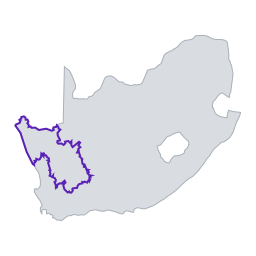 Namakwa, Northern Cape, South Africa (highlighted)
{"feature_id": "47623444B2552562251298", "entity_name": "Namakwa", "entity_type": "district", "adm_level": 2, "iso_a3": "ZAF", "parent_name": "South Africa", "parent_adm1": "Northern Cape", "projection": "albers", "projection_center": [17.588, -30.489], "detail": "medium", "context": "in_parent", "style": "outline", "palette": "violet", "viewbox_px": 256, "rotation_deg": 0, "n_neighbors": 0, "source": "geoboundaries", "source_scale": "gbopen_adm2", "svg_char_len": 5212}
<svg xmlns="http://www.w3.org/2000/svg" viewBox="0 0 256 256"><path d="M196.6,35.6L204.3,35.4L207.7,36.3L211.6,38.4L215.4,39.4L222.0,39.6L224.2,40.1L225.9,40.9L227.1,41.9L228.2,48.5L228.9,55.6L228.6,57.8L228.7,58.7L230.2,61.9L230.6,63.8L231.5,65.4L232.9,73.1L233.0,74.4L230.7,92.2L229.6,94.2L229.6,97.1L228.5,97.3L222.6,93.0L221.5,93.0L219.6,94.1L217.7,96.0L216.7,97.7L213.0,102.1L212.4,105.1L212.4,107.8L213.4,108.0L213.9,110.0L215.3,113.2L217.9,115.5L220.5,116.7L224.2,117.4L227.1,117.7L227.2,115.6L228.5,110.3L233.4,111.6L240.6,112.4L239.7,115.8L236.0,123.5L233.1,132.3L230.4,136.6L228.9,138.3L225.0,141.2L223.1,142.1L221.5,142.3L214.8,148.3L212.2,151.3L209.6,155.8L207.4,158.1L203.9,163.4L198.1,171.0L193.3,175.9L191.3,177.3L190.0,177.9L186.3,180.6L181.2,185.2L177.2,189.3L171.5,193.8L168.2,195.8L163.3,199.7L161.9,200.2L156.5,203.8L152.6,206.0L146.4,208.3L144.0,209.0L138.4,207.8L136.1,208.0L134.0,209.6L133.6,212.1L132.8,212.4L127.7,210.9L125.5,210.9L124.2,212.2L123.1,213.8L120.2,213.7L115.0,211.6L108.9,210.2L107.4,210.0L104.4,211.2L103.3,211.3L99.0,210.8L96.6,209.9L94.2,209.8L92.4,210.4L90.3,210.5L84.3,215.0L81.3,214.8L78.7,215.3L74.1,214.5L72.7,214.8L71.3,215.6L68.2,215.8L67.0,216.5L61.6,220.6L59.5,220.1L56.7,220.0L53.7,217.7L52.5,217.8L52.8,217.2L52.9,216.0L51.9,214.7L50.6,214.8L50.0,213.7L48.2,213.6L46.6,213.9L46.4,210.0L45.6,209.6L43.8,209.5L42.9,209.6L42.4,210.0L41.9,210.9L41.9,213.6L41.3,212.8L40.5,211.2L40.3,209.4L40.6,207.3L42.0,206.5L41.6,203.9L39.4,199.4L38.1,198.4L37.1,196.0L36.0,195.2L35.6,193.6L34.5,192.3L34.2,190.2L34.8,189.0L35.7,188.4L36.6,189.4L37.7,189.0L39.4,187.5L40.4,185.3L40.4,181.6L40.2,179.4L38.9,173.5L38.3,172.2L35.4,168.0L32.0,162.3L27.6,153.5L25.5,148.2L22.2,137.5L19.4,131.4L15.8,125.8L15.4,125.4L15.9,124.7L17.8,123.4L18.6,123.0L19.1,123.2L19.5,122.8L19.9,122.0L20.2,120.0L21.1,117.8L21.9,116.9L23.5,116.3L24.8,117.1L25.4,117.9L25.6,118.9L26.1,119.4L27.0,119.4L27.7,120.0L28.0,121.3L28.0,122.2L27.5,122.8L27.5,123.6L28.2,124.5L28.9,126.6L32.3,127.7L34.2,127.8L36.0,128.3L37.7,129.3L40.5,129.5L44.4,129.1L47.6,129.3L50.2,130.3L52.0,130.4L53.1,129.9L53.6,129.1L53.5,128.0L54.1,127.3L55.3,127.0L56.4,126.2L57.2,124.9L59.0,123.9L61.8,123.1L63.2,123.1L64.4,66.7L69.4,70.7L70.5,72.5L72.9,77.8L75.3,84.4L75.6,87.6L75.5,88.3L72.8,92.5L72.6,94.6L72.8,97.1L73.4,98.3L74.1,98.7L76.0,98.2L78.7,98.9L84.0,98.8L86.6,99.2L87.3,99.0L87.9,98.5L88.6,97.1L89.3,96.6L91.8,96.1L92.9,95.2L94.8,92.4L100.2,88.7L100.8,87.7L104.6,78.5L105.6,77.2L107.2,76.4L110.1,75.8L111.8,76.3L113.6,77.2L115.6,78.7L118.6,81.4L119.6,81.9L122.7,82.1L124.5,83.9L130.2,85.4L131.9,85.5L133.8,84.7L136.8,84.9L140.0,84.5L142.1,83.0L146.5,73.0L147.1,70.8L147.6,70.2L150.7,69.2L154.5,68.6L155.3,68.2L157.9,65.6L161.2,63.4L164.0,55.4L165.5,53.6L166.5,52.9L167.0,52.9L167.8,52.5L169.0,51.6L170.2,51.0L171.7,50.9L172.6,50.3L173.1,49.3L173.9,48.8L174.9,48.9L175.6,48.6L175.8,47.9L178.3,46.4L178.4,45.7L179.9,44.1L182.7,41.6L185.3,40.3L187.6,40.2L192.0,39.2L193.7,38.1L194.8,36.4L196.6,35.6ZM177.6,155.8L181.3,154.8L184.1,153.2L185.0,149.9L187.2,148.1L188.2,146.2L189.0,143.7L188.1,140.8L186.5,139.8L183.8,137.1L182.6,135.4L180.9,133.8L179.8,132.1L177.7,132.4L174.4,133.4L172.2,134.4L170.4,135.7L167.3,136.5L164.1,140.7L163.1,141.7L160.7,144.8L157.3,146.2L157.2,146.8L158.0,149.6L159.3,152.4L160.6,154.7L160.4,156.1L160.8,157.2L162.1,158.0L164.2,161.0L165.3,161.9L168.7,162.9L169.2,162.8L170.3,161.2L170.6,160.1L173.2,156.8L174.4,155.8L177.6,155.8Z" fill="#d9dde1" stroke="#a8b0b8" stroke-width="1"/><path d="M67.6,192.4L69.2,191.5L69.6,192.5L71.4,192.6L72.8,190.6L72.3,189.0L73.0,188.3L77.1,187.9L77.5,186.0L79.1,184.1L82.3,183.4L82.2,181.9L84.2,182.2L84.8,181.6L87.2,182.6L88.5,180.3L89.2,179.9L89.5,180.9L90.1,179.6L89.3,178.9L89.5,176.4L90.6,177.0L90.6,175.7L91.2,175.5L89.2,175.1L87.5,173.1L88.8,172.3L88.1,170.4L86.9,170.8L86.7,170.1L87.9,169.7L86.3,169.2L85.7,167.2L83.8,166.8L83.9,165.3L85.0,165.6L84.6,164.5L82.5,163.8L81.8,159.6L82.3,159.0L79.6,156.5L80.1,155.8L79.0,152.5L77.1,152.5L78.1,150.6L79.6,150.6L78.2,150.3L78.4,148.7L80.3,147.2L78.4,145.4L80.1,142.6L79.0,141.8L72.6,147.1L71.3,145.1L71.4,141.3L70.0,142.8L68.2,141.0L65.1,141.7L65.3,143.4L63.6,144.9L61.4,143.5L58.4,143.7L57.3,142.6L57.5,140.9L59.9,140.5L60.0,139.8L57.8,135.7L57.5,132.9L60.3,129.6L58.8,128.9L58.2,126.7L56.8,125.2L56.2,126.9L53.5,127.4L53.1,128.5L53.8,129.8L51.9,130.8L46.2,128.7L38.9,130.0L35.2,127.6L31.6,127.8L30.5,126.4L28.5,127.0L28.7,124.7L27.3,123.2L28.4,121.7L27.5,119.6L25.7,119.7L25.4,117.5L23.9,116.4L21.4,117.0L21.3,118.5L20.1,119.3L20.4,120.0L19.5,120.1L20.2,121.5L19.7,122.9L15.8,124.6L15.4,125.7L20.4,132.7L26.6,151.8L32.8,164.1L34.0,164.8L33.7,163.5L35.2,162.2L34.6,160.9L36.1,160.8L36.3,158.8L38.5,159.7L39.7,159.3L41.1,156.8L41.3,153.8L43.2,156.0L42.9,153.5L43.8,153.3L44.9,155.3L46.3,155.5L46.8,157.0L48.8,158.2L48.9,160.1L47.8,160.4L49.2,161.3L48.1,162.8L49.9,168.7L49.4,170.1L50.4,170.3L50.0,172.5L50.5,173.7L49.6,175.7L52.0,176.8L53.0,175.5L52.8,177.3L54.8,178.1L55.6,179.5L55.8,179.0L55.6,181.5L54.5,182.1L55.8,185.1L55.9,188.0L56.9,187.4L57.6,184.5L59.8,183.3L61.3,183.6L64.6,180.7L65.5,182.6L63.8,184.3L63.2,183.9L63.6,186.6L64.5,189.4L67.6,192.4Z" fill="none" stroke="#5b21b6" stroke-width="2"/></svg>